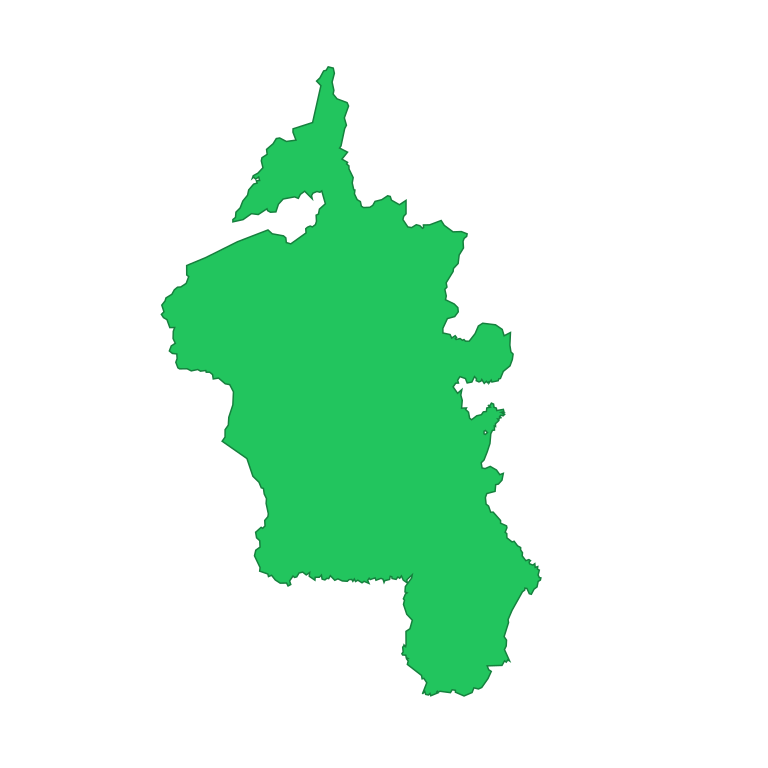 the district of Naitasiri, Central, Fiji, rotated 26°
{"feature_id": "14151628B8492423103487", "entity_name": "Naitasiri", "entity_type": "district", "adm_level": 2, "iso_a3": "FJI", "parent_name": "Fiji", "parent_adm1": "Central", "projection": "natural_earth1", "projection_center": [178.262, -17.851], "detail": "fine", "context": "isolated", "style": "filled", "palette": "green", "viewbox_px": 768, "rotation_deg": 26, "n_neighbors": 0, "source": "geoboundaries", "source_scale": "gbopen_adm2", "svg_char_len": 6171}
<svg xmlns="http://www.w3.org/2000/svg" viewBox="0 0 768 768"><g transform="rotate(26 384 384)"><path d="M180.4,242.7L178.2,249.9L175.2,254.0L175.5,256.8L176.2,255.2L178.9,256.1L180.6,252.9L183.0,255.6L180.2,257.3L181.9,259.0L179.2,261.5L177.3,268.9L178.6,274.1L176.9,281.4L177.5,288.8L175.6,294.4L177.5,299.4L176.1,302.4L177.1,304.5L185.3,298.0L190.2,289.0L196.7,286.8L202.0,277.8L203.4,279.2L206.6,279.4L211.4,276.7L210.3,268.7L212.3,261.9L221.6,255.0L225.6,254.7L225.7,250.2L228.2,245.5L238.3,249.0L236.3,246.5L236.5,243.6L239.3,240.4L242.4,239.7L243.4,237.7L252.3,247.7L249.3,255.1L250.6,260.0L249.0,262.0L252.0,267.4L252.5,270.8L250.8,274.2L248.4,274.4L246.5,276.6L245.6,278.7L247.7,282.4L238.8,298.9L234.2,299.7L231.7,295.7L228.7,294.9L217.7,298.0L212.2,296.4L190.0,320.3L168.2,348.7L154.7,364.0L158.9,372.5L161.4,373.1L162.1,380.3L158.8,385.9L156.0,387.5L154.3,391.1L154.0,396.4L150.3,402.2L150.8,405.3L149.7,410.5L154.6,415.6L153.4,419.0L156.7,421.0L160.7,421.3L166.8,427.2L171.1,425.0L171.5,429.0L174.5,435.6L178.6,438.9L176.1,443.0L176.6,448.4L180.4,449.3L184.6,447.8L186.9,451.8L187.4,455.8L191.7,459.8L193.6,460.0L200.4,456.6L205.0,456.7L210.3,452.6L213.4,452.9L217.9,450.0L219.0,451.3L222.2,449.8L225.8,450.7L228.3,454.3L232.7,451.2L241.2,453.4L245.6,452.2L252.1,457.0L257.3,469.0L259.1,482.0L262.1,489.2L261.2,494.7L264.4,501.4L263.6,506.4L293.5,511.1L306.6,524.4L314.7,527.1L319.2,531.1L321.4,530.7L324.6,535.4L328.6,538.5L330.4,543.0L336.9,551.3L337.8,554.1L336.6,558.9L339.3,563.7L338.2,566.9L336.4,566.7L333.6,573.5L336.9,578.1L341.0,579.3L344.1,584.9L341.6,589.6L342.9,595.2L353.1,603.3L354.3,606.7L362.9,605.7L364.6,607.7L366.8,605.2L372.2,607.8L378.0,608.5L383.7,605.6L386.3,607.6L388.1,605.1L385.5,602.4L386.4,596.5L388.4,597.1L390.1,595.6L390.5,591.1L393.4,588.7L397.8,589.7L399.8,586.0L401.1,589.6L407.9,590.6L406.9,587.9L410.6,586.0L411.5,583.2L413.9,586.5L416.8,586.0L417.8,583.7L419.6,583.2L419.8,579.8L425.8,582.0L428.0,579.3L432.8,579.3L437.5,577.4L438.3,575.2L440.7,573.8L442.5,575.0L442.8,572.3L445.0,574.0L446.5,571.8L451.4,572.3L452.6,570.1L457.9,569.8L455.4,567.6L455.8,565.1L457.3,565.8L461.0,562.2L462.8,563.9L466.5,560.0L468.7,559.9L471.0,562.3L470.9,560.4L474.7,557.2L473.9,554.1L475.5,553.8L476.5,555.3L480.5,554.3L481.1,551.4L483.3,551.7L483.8,548.9L487.3,551.8L492.0,552.6L490.4,549.9L493.0,543.1L493.9,546.3L492.0,556.7L494.0,561.7L496.3,561.6L495.3,563.3L495.6,568.6L497.2,569.3L498.1,573.5L505.4,581.0L513.0,583.9L514.6,592.6L512.2,596.7L518.0,608.4L518.4,610.1L517.0,609.9L517.9,610.7L516.5,610.7L516.2,612.4L518.7,616.5L518.3,618.6L519.5,619.4L522.5,618.2L523.9,620.2L525.8,620.2L524.9,621.2L527.2,622.4L527.9,625.8L545.5,629.5L547.5,632.3L548.9,631.1L553.4,633.8L554.4,645.7L555.4,642.5L557.5,644.7L560.3,644.0L561.0,642.0L562.7,643.7L567.7,638.1L566.5,637.9L566.6,637.1L567.3,637.8L569.1,635.6L579.0,632.3L579.3,628.9L582.5,628.0L583.3,629.7L592.7,629.3L598.4,622.7L598.0,617.7L602.6,616.7L604.9,613.9L606.6,603.2L606.4,595.3L603.3,594.9L600.3,592.1L613.4,585.2L613.7,580.0L615.8,580.4L616.2,577.7L618.3,577.9L608.7,569.9L608.7,565.9L606.4,560.5L602.7,558.4L600.5,543.8L598.8,541.4L598.3,531.3L599.5,510.1L600.8,507.5L600.1,505.7L602.1,505.1L606.5,508.8L608.6,508.4L608.8,502.6L610.5,499.3L609.1,493.9L610.5,491.7L610.0,489.5L608.5,489.9L606.2,488.1L605.2,483.2L603.0,483.1L602.2,480.7L600.3,482.6L598.3,479.4L597.2,481.5L593.7,481.8L592.5,480.4L593.1,478.6L591.2,478.3L588.9,480.6L583.6,477.9L582.4,474.9L579.6,473.3L578.5,471.1L575.0,470.9L569.9,468.3L568.3,469.8L561.9,468.4L559.9,464.6L557.9,464.2L557.5,459.3L556.3,457.8L549.8,458.0L548.6,455.6L538.3,451.3L536.1,452.5L531.5,447.9L528.4,447.2L524.9,441.6L524.4,437.4L530.9,431.8L528.5,425.5L530.7,423.8L532.2,418.7L530.4,412.0L527.8,414.7L522.8,412.0L515.6,411.5L512.0,415.7L509.0,416.5L505.9,412.2L507.2,408.5L506.5,399.6L505.3,391.0L501.8,381.9L501.8,378.1L503.5,377.0L501.6,373.4L502.9,373.3L501.6,370.9L503.2,366.5L501.6,365.6L502.8,365.3L502.6,363.3L504.5,363.2L502.2,362.5L502.6,361.0L505.1,360.3L505.7,358.4L503.8,358.6L504.5,357.3L502.0,357.9L503.8,356.2L502.4,354.5L497.0,358.4L495.5,356.4L493.1,356.7L491.3,354.0L488.9,354.1L488.6,357.1L486.7,357.6L489.6,358.2L486.9,360.5L488.1,363.8L485.5,365.5L485.0,368.9L481.3,371.9L478.4,377.7L476.0,377.3L472.3,372.3L468.5,371.1L468.6,369.4L464.3,371.7L461.5,364.4L457.9,360.3L456.4,354.9L454.2,360.1L447.4,356.3L448.1,351.8L450.5,350.5L448.5,348.3L449.0,344.1L454.8,343.4L458.3,346.6L462.1,343.7L462.1,337.7L464.8,338.7L465.4,340.6L468.4,340.5L469.9,338.9L469.9,337.1L473.8,339.5L474.8,336.7L476.4,337.5L477.3,336.2L477.9,337.2L478.6,333.5L480.1,334.9L485.2,331.0L484.9,329.2L486.2,328.0L485.7,320.4L489.3,312.5L488.6,305.7L486.9,300.5L484.0,299.5L480.1,293.9L475.1,282.3L470.8,288.0L466.3,283.1L458.3,281.9L446.1,286.1L443.4,290.5L443.8,298.8L441.8,308.2L438.4,309.8L436.4,309.0L435.4,310.3L432.4,309.8L429.3,312.4L428.2,311.9L428.8,310.4L426.8,309.4L424.7,313.0L421.7,310.6L414.6,312.3L412.5,308.2L412.3,297.4L418.0,292.4L419.1,286.6L416.9,283.0L412.1,281.3L402.3,281.3L401.4,277.6L397.2,272.3L398.1,269.3L395.5,265.8L396.8,252.6L395.8,249.7L397.8,243.2L395.0,235.1L395.8,226.9L392.5,221.1L392.2,218.0L393.6,215.1L392.9,212.6L386.7,213.1L379.4,217.0L368.6,215.0L363.7,212.0L355.2,221.0L349.7,223.8L351.0,226.0L350.4,227.2L346.8,226.0L343.2,226.7L340.3,231.3L336.6,232.4L328.9,227.9L328.2,224.7L329.2,221.4L323.3,209.3L319.3,216.1L310.1,215.5L307.4,212.7L304.8,213.2L301.2,219.3L295.9,223.8L295.6,228.4L293.8,231.4L288.2,234.4L285.7,234.1L282.8,230.4L279.1,230.1L274.1,226.1L272.8,222.4L271.7,222.7L267.3,217.2L265.8,212.0L258.3,206.1L256.8,203.3L253.9,202.6L254.1,200.8L247.6,200.3L249.6,191.6L240.6,191.4L241.0,188.9L236.7,171.7L236.8,167.9L231.7,162.2L230.3,149.7L227.5,147.3L216.8,148.3L211.2,145.7L210.2,142.0L205.0,135.4L203.2,126.5L199.9,122.3L194.8,123.4L194.5,127.4L192.5,129.1L192.2,137.0L190.6,141.3L196.5,143.5L205.2,180.3L190.4,194.5L191.8,197.6L198.0,203.4L189.9,208.8L182.4,208.6L179.6,210.6L179.0,216.7L175.6,224.6L178.3,228.8L175.1,234.1L175.9,237.2L180.4,242.7ZM497.1,385.0L495.7,384.9L494.6,382.6L495.5,381.3L498.3,382.3L497.1,385.0Z" fill="#22c55e" stroke="#15803d" stroke-width="1.5"/></g></svg>